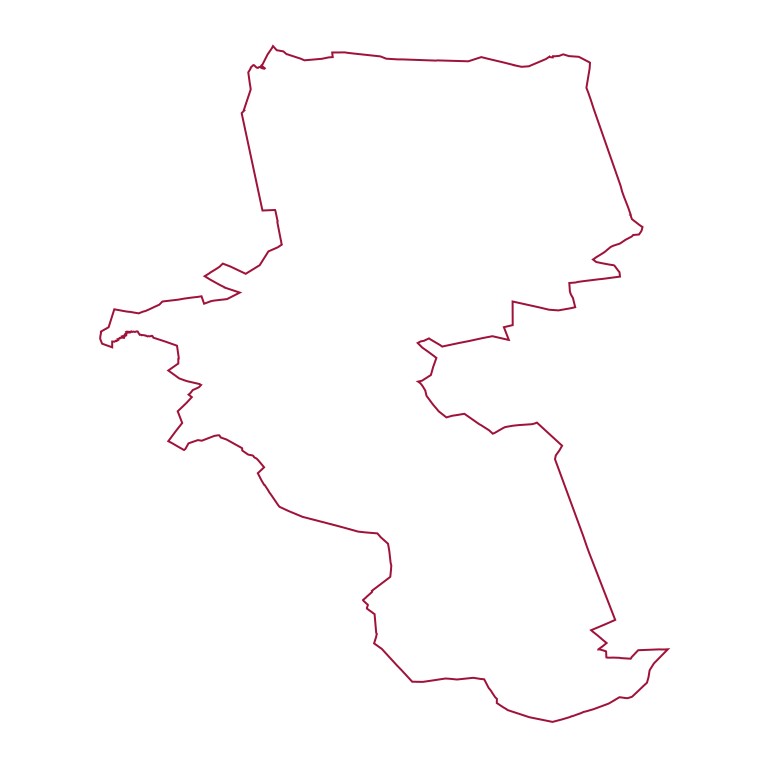 Vidrižu pag., Limbaži, Latvia
{"feature_id": "27541924B82277594032017", "entity_name": "Vidrižu pag.", "entity_type": "district", "adm_level": 2, "iso_a3": "LVA", "parent_name": "Latvia", "parent_adm1": "Limbaži", "projection": "equal_earth", "projection_center": [24.641, 57.308], "detail": "fine", "context": "isolated", "style": "outline", "palette": "rose", "viewbox_px": 768, "rotation_deg": 0, "n_neighbors": 0, "source": "geoboundaries", "source_scale": "gbopen_adm2", "svg_char_len": 6013}
<svg xmlns="http://www.w3.org/2000/svg" viewBox="0 0 768 768"><path d="M332.2,52.5L332.7,57.1L328.6,57.4L321.9,58.8L304.5,60.3L300.2,58.5L300.1,58.4L299.2,58.2L287.0,54.2L286.6,54.2L283.4,51.4L276.7,50.2L273.0,46.1L271.7,48.5L267.6,54.4L262.6,64.3L261.4,65.5L264.8,68.3L264.4,68.7L263.6,68.6L261.9,68.1L260.6,67.4L260.6,67.1L260.3,66.9L258.9,67.2L258.5,67.4L258.0,67.9L257.6,67.9L256.9,67.7L255.9,67.0L254.2,65.3L253.5,65.1L252.9,65.4L251.6,66.8L251.1,67.1L250.5,68.3L250.6,68.6L248.3,72.3L248.3,72.6L250.1,85.5L250.3,86.3L250.7,89.3L250.1,91.3L243.7,110.5L244.1,110.6L241.7,113.1L241.7,113.4L261.8,207.5L262.5,210.5L275.0,210.0L275.4,210.8L277.5,220.7L277.7,221.1L277.3,222.0L280.8,240.0L281.0,240.6L281.5,243.8L281.8,244.6L277.8,247.3L268.4,251.4L259.7,265.2L245.7,273.8L230.6,266.6L222.8,263.6L219.5,266.8L217.1,268.4L209.9,272.8L209.7,273.1L204.7,276.2L209.7,279.3L214.3,281.9L220.3,285.2L224.4,287.2L224.4,287.5L239.8,292.6L227.0,299.1L214.7,300.5L212.2,300.9L210.1,301.4L209.9,301.6L204.1,303.7L201.5,296.3L197.7,296.9L191.5,297.6L184.2,298.6L177.9,299.7L163.3,301.4L162.3,301.6L159.3,304.7L154.4,306.9L149.8,309.1L145.5,311.0L143.1,311.6L138.8,313.3L138.4,313.3L131.9,312.2L131.2,312.0L127.0,311.6L114.3,309.3L108.7,327.0L108.5,327.3L107.8,327.7L100.9,331.6L100.9,332.1L101.1,332.2L100.3,336.7L100.2,338.9L102.1,343.7L112.2,347.3L112.2,341.5L112.7,341.5L114.5,341.7L115.7,340.8L116.4,341.1L118.2,340.0L117.6,339.2L119.8,338.4L119.8,337.9L121.1,337.6L121.6,337.8L122.8,337.6L124.0,337.9L124.2,337.4L123.2,336.6L122.4,336.5L122.2,336.3L123.8,335.8L124.5,335.5L125.4,335.8L126.2,335.4L126.1,334.8L126.4,334.1L125.0,334.3L125.3,333.8L126.2,333.6L126.6,332.9L126.1,332.0L127.0,331.6L129.2,331.9L129.0,332.5L130.1,332.5L131.0,332.0L131.3,331.4L132.4,331.9L133.7,331.6L134.7,331.9L135.2,331.9L136.7,331.4L137.7,331.5L138.2,332.5L139.3,334.1L139.7,334.8L140.6,334.7L141.7,335.2L141.9,335.0L144.6,335.3L145.1,335.6L145.9,335.6L146.3,335.7L146.5,336.0L147.5,336.4L148.4,336.1L149.0,336.3L149.9,336.3L150.3,336.1L151.1,336.2L151.9,335.8L152.4,336.0L153.4,337.7L165.1,341.5L177.0,345.7L178.7,357.4L178.7,358.7L178.3,358.8L178.3,363.5L168.3,370.5L179.2,378.4L184.4,380.3L187.6,381.3L199.8,384.1L200.2,384.7L201.0,385.0L199.3,386.9L198.2,387.6L192.7,390.1L190.5,393.0L188.6,394.6L191.8,397.1L186.4,403.0L177.7,411.3L180.1,417.5L182.2,423.0L176.2,430.6L168.3,441.2L171.8,443.0L178.5,446.9L184.0,450.0L185.3,449.1L188.4,443.5L189.2,443.1L197.9,440.1L201.8,440.7L214.3,435.9L218.0,435.3L219.3,435.3L220.5,437.1L220.8,437.5L226.5,439.5L242.0,448.1L242.2,448.4L242.2,450.3L242.3,450.5L242.8,450.9L248.0,454.5L248.6,454.7L252.0,455.3L253.1,455.8L253.4,456.0L254.2,457.3L256.6,458.6L258.1,460.1L260.7,463.2L264.1,467.3L257.8,473.2L261.5,480.4L264.1,484.8L264.6,484.9L267.7,489.6L269.8,493.1L270.7,494.2L278.2,505.2L279.5,506.8L288.7,511.1L302.7,516.9L338.6,526.2L358.1,531.6L365.4,532.4L377.4,533.4L379.7,536.0L380.3,536.8L382.8,539.1L388.0,543.7L388.9,548.6L389.4,551.9L390.6,562.7L391.3,565.5L391.0,569.8L390.3,576.7L389.6,577.4L371.9,590.8L372.1,591.2L372.2,591.5L372.1,591.8L371.8,592.2L366.5,596.9L365.9,597.6L363.1,599.9L363.0,600.1L363.2,600.5L366.6,603.7L367.6,604.5L367.9,605.0L367.3,606.8L366.9,607.9L366.9,608.4L367.2,608.8L374.1,613.8L374.6,614.2L374.6,614.4L376.2,632.8L376.8,633.9L376.5,635.0L376.2,636.7L375.3,639.5L374.1,643.4L381.8,648.9L397.2,665.7L401.2,669.8L412.2,681.7L422.7,681.9L430.3,680.8L445.5,678.5L450.0,678.8L457.0,679.5L473.3,677.8L480.3,678.9L484.2,679.3L488.7,688.0L489.9,689.4L491.3,691.2L491.8,692.2L495.3,697.4L496.9,698.8L496.8,703.0L502.9,707.1L506.7,709.3L507.4,710.0L529.3,717.2L552.5,721.9L561.7,719.5L570.1,717.0L570.7,716.8L571.1,716.4L572.9,716.0L581.8,712.8L583.3,712.0L586.0,711.4L593.5,709.2L608.6,703.6L609.7,703.0L619.5,697.2L626.9,698.2L627.8,698.1L631.7,696.9L632.3,696.5L638.2,691.0L643.8,685.6L646.9,682.8L647.1,682.2L648.5,677.3L649.6,670.4L649.9,669.8L653.7,663.7L654.2,663.1L655.1,662.2L667.8,649.3L664.0,649.5L658.7,649.4L638.5,650.2L638.1,650.3L632.7,656.0L631.8,656.9L630.7,658.7L620.8,658.1L619.7,657.8L613.3,657.6L608.0,657.7L606.4,657.4L606.3,655.9L606.1,651.7L606.0,651.4L605.7,651.2L602.8,650.3L599.6,649.4L598.3,649.5L598.3,649.4L603.1,645.9L606.6,643.0L603.0,640.1L597.8,635.6L592.6,631.5L591.1,630.2L606.6,623.7L615.2,619.9L589.1,552.7L586.8,546.4L583.2,535.9L555.0,459.2L555.8,455.4L559.3,450.6L562.1,445.7L536.9,422.6L534.7,423.5L531.8,424.2L518.7,425.1L513.0,425.7L507.2,426.7L504.8,427.2L502.5,428.4L494.9,432.8L492.8,433.7L489.1,430.3L480.8,425.0L479.4,424.3L464.4,413.8L456.0,415.2L452.4,415.7L446.4,417.4L438.8,411.4L432.8,404.3L426.5,395.8L425.3,390.6L422.8,386.4L420.4,383.2L418.1,381.6L422.0,380.7L430.9,375.0L433.2,366.9L436.4,357.9L428.8,352.2L422.3,347.6L417.7,343.0L420.7,341.4L423.9,340.8L429.0,338.4L430.1,339.2L440.3,345.2L442.2,346.6L442.4,346.5L459.0,343.0L469.2,341.0L482.5,338.1L492.4,336.2L508.1,339.8L508.8,339.9L503.9,327.2L512.7,325.1L512.6,301.5L539.3,307.4L548.6,309.6L548.8,309.7L558.4,310.4L571.4,308.1L575.2,307.2L572.9,297.9L570.9,294.5L569.9,291.5L569.3,283.0L575.6,282.5L578.0,281.9L583.1,281.2L599.4,279.2L601.8,279.0L620.0,276.6L619.5,272.4L619.3,271.9L618.7,271.3L614.5,265.7L614.0,265.4L613.1,265.1L610.0,264.7L602.5,263.3L596.2,262.0L593.0,259.5L594.8,258.3L595.8,257.5L604.4,252.2L610.6,247.0L613.1,245.8L617.6,244.3L618.2,244.2L620.0,243.5L625.5,239.8L631.8,236.5L633.2,235.0L639.0,234.5L641.3,231.2L641.8,229.8L642.4,227.6L642.4,226.8L642.0,226.8L638.7,224.4L632.0,219.2L631.3,217.5L630.7,215.2L630.4,215.0L630.7,214.8L628.1,207.3L623.8,196.3L622.1,191.5L620.6,185.8L593.6,108.6L590.8,99.9L588.3,92.7L586.4,87.8L589.6,68.7L590.0,62.7L589.4,62.3L578.8,56.8L568.9,56.1L562.8,54.2L563.0,54.4L559.1,55.9L554.5,56.3L553.0,56.2L552.8,57.4L549.1,57.0L549.1,56.9L546.0,59.0L528.8,66.3L521.6,66.8L514.4,65.3L514.5,65.2L503.3,62.4L488.1,58.8L481.3,57.1L468.3,61.3L437.5,60.4L435.9,60.6L402.3,59.4L398.1,59.4L386.3,58.7L380.4,56.4L353.4,53.5L347.4,52.8L344.9,52.4L332.2,52.5Z" fill="none" stroke="#9f1239" stroke-width="2"/></svg>